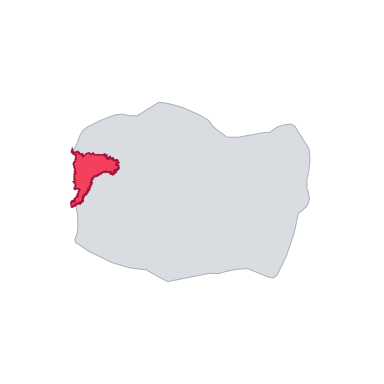 Mphokojoana, Mokhotlong, Lesotho (highlighted), rotated 228°
{"feature_id": "5366337B60583276922456", "entity_name": "Mphokojoana", "entity_type": "district", "adm_level": 2, "iso_a3": "LSO", "parent_name": "Lesotho", "parent_adm1": "Mokhotlong", "projection": "orthographic", "projection_center": [29.014, -29.041], "detail": "fine", "context": "in_parent", "style": "filled", "palette": "rose", "viewbox_px": 384, "rotation_deg": 228, "n_neighbors": 0, "source": "geoboundaries", "source_scale": "gbopen_adm2", "svg_char_len": 6958}
<svg xmlns="http://www.w3.org/2000/svg" viewBox="0 0 384 384"><g transform="rotate(228 192 192)"><path d="M244.4,249.0L235.3,251.9L234.0,252.2L228.2,251.5L220.4,252.2L214.3,253.8L209.5,254.5L201.9,262.8L188.0,285.2L184.3,289.9L183.3,298.7L180.1,305.7L176.2,311.1L172.3,312.5L160.6,310.4L145.6,307.8L136.9,301.1L129.0,292.4L124.8,286.0L120.5,282.5L119.0,280.5L112.9,277.7L110.6,276.1L108.5,275.1L106.0,270.8L104.5,267.1L104.9,256.8L100.5,250.6L93.0,240.2L88.2,231.6L81.6,219.9L77.5,209.9L73.3,199.5L73.7,195.0L77.6,191.9L88.9,186.4L97.7,182.2L103.9,174.6L110.6,163.4L113.9,156.7L117.2,153.6L120.9,148.8L127.2,138.3L134.2,126.6L141.7,114.0L151.4,110.3L164.6,106.0L177.2,95.0L192.3,85.7L216.8,75.6L228.2,73.0L232.5,71.5L235.3,73.4L238.2,79.1L242.4,83.9L252.1,92.2L256.2,94.2L266.2,106.5L276.8,114.9L289.1,124.6L297.4,129.5L301.7,130.8L305.2,139.5L308.7,145.9L310.7,151.9L310.3,157.7L306.4,172.0L300.7,186.5L296.2,192.6L290.7,196.4L285.3,202.2L283.3,213.9L280.8,227.6L273.9,233.3L268.4,237.0L260.9,241.6L244.4,249.0Z" fill="#d9dde1" stroke="#a8b0b8" stroke-width="1"/><path d="M270.8,155.5L270.4,154.9L269.8,154.6L269.5,154.2L270.3,154.3L270.7,154.6L271.7,154.1L273.0,155.0L273.4,154.9L273.3,153.7L273.4,153.0L273.1,152.8L272.1,152.7L271.9,152.5L273.0,152.1L272.9,151.4L273.2,150.8L273.5,151.0L273.6,151.9L274.3,152.5L274.5,152.4L274.1,151.9L274.7,151.5L274.9,151.7L274.8,151.9L274.6,151.8L274.5,152.0L275.2,152.3L275.5,151.8L276.1,151.5L275.9,151.9L275.8,152.5L276.0,152.8L276.2,152.3L276.6,152.2L276.6,153.3L277.4,152.7L277.4,151.8L278.4,152.2L278.6,152.6L279.0,152.0L278.8,151.1L279.1,150.8L279.0,150.5L279.9,149.9L280.8,148.8L281.5,148.4L283.5,146.1L284.1,145.1L284.9,144.7L285.9,144.8L286.2,144.5L287.1,144.5L287.5,144.2L287.1,142.6L287.6,141.8L288.6,141.7L288.9,141.9L290.1,141.7L290.3,140.9L291.2,139.4L290.9,137.8L291.1,136.5L291.1,135.3L291.4,135.0L291.2,134.6L291.4,134.5L291.6,134.9L291.7,135.4L291.8,135.1L292.2,135.2L292.2,134.9L292.6,134.7L292.8,135.8L293.3,135.8L293.8,136.2L293.9,135.9L293.6,135.9L293.6,135.5L293.2,135.3L293.1,135.1L293.5,135.1L293.8,134.7L295.1,134.6L295.1,134.2L295.5,134.1L296.0,134.4L296.3,134.3L296.5,133.8L296.9,134.4L297.4,133.8L298.2,134.4L298.6,134.4L298.8,134.2L298.7,133.6L299.0,133.2L299.1,132.8L299.4,132.4L299.4,132.2L299.7,131.9L299.8,131.5L300.1,131.4L300.6,130.3L301.2,130.3L302.2,130.7L302.5,131.1L303.6,131.7L304.2,131.9L303.0,130.1L302.9,129.6L302.4,129.2L299.5,129.1L299.0,129.5L298.4,129.7L297.5,130.7L297.0,130.7L296.6,129.8L295.6,129.1L294.1,127.7L294.5,127.3L294.4,126.9L293.8,126.3L293.5,125.8L292.9,125.4L292.5,124.7L293.2,124.1L293.0,123.4L292.3,122.9L292.0,122.3L291.3,121.9L290.2,122.2L289.6,121.5L289.7,121.4L289.2,120.6L287.3,120.7L286.7,120.0L286.5,119.1L286.1,119.1L286.4,118.9L285.6,118.5L285.2,118.2L285.0,118.4L284.6,118.6L283.6,118.0L283.5,116.9L283.8,116.6L284.2,116.6L283.9,116.2L282.1,114.7L282.1,114.4L281.2,114.2L281.1,113.6L280.5,113.2L280.4,112.9L279.7,112.8L279.0,113.3L278.5,113.0L278.8,111.9L278.3,111.3L278.8,110.8L278.3,110.8L277.4,110.5L277.1,110.5L276.9,110.8L275.9,110.3L275.2,110.3L274.8,109.9L274.9,109.5L274.8,109.2L273.9,108.3L273.9,107.2L272.8,106.5L272.1,106.8L272.1,107.0L272.0,107.5L272.3,107.9L272.2,108.3L271.6,108.4L271.4,108.9L270.3,109.2L270.1,110.0L269.7,110.3L269.1,110.4L268.8,110.2L268.3,109.4L268.4,107.7L267.2,107.1L267.1,106.9L267.3,106.6L266.7,105.9L266.7,105.7L267.1,105.4L267.0,105.0L265.6,104.9L264.8,104.1L265.2,103.3L266.1,103.3L266.2,103.1L265.4,102.1L265.6,101.6L265.4,100.9L265.7,100.2L265.4,100.1L265.5,99.8L264.6,99.6L264.7,99.1L263.9,99.2L263.2,98.9L263.0,98.4L263.9,97.9L264.4,97.5L264.9,97.6L265.7,97.4L265.7,96.8L264.5,96.1L264.7,95.4L265.4,95.4L265.2,95.0L264.1,94.0L262.3,93.4L262.2,92.8L261.8,92.3L261.6,92.3L261.3,92.5L261.2,92.9L260.6,93.2L260.6,93.8L260.8,94.1L260.6,94.2L260.7,94.6L260.4,95.0L260.6,95.4L260.5,95.8L260.8,96.3L260.4,96.4L260.1,96.1L260.1,95.6L259.8,95.6L259.8,96.8L260.1,97.1L260.0,97.6L260.2,97.9L260.4,97.6L260.6,97.8L260.0,98.6L260.0,99.3L259.6,99.1L259.4,99.3L259.5,99.7L259.9,99.7L259.9,99.9L259.6,100.2L258.6,100.2L258.4,100.8L259.0,100.8L259.1,101.1L258.1,101.2L258.3,101.5L259.2,101.8L259.0,102.0L258.4,101.7L258.0,102.2L258.8,102.5L258.3,103.0L258.5,103.5L259.0,102.9L259.1,103.3L258.9,103.7L258.0,104.0L257.9,104.3L258.1,104.4L258.6,104.3L259.1,104.5L258.5,105.0L259.1,105.1L258.7,105.6L259.5,106.1L259.6,105.8L259.8,105.8L260.2,106.3L259.9,106.6L259.9,106.8L260.6,106.9L260.3,107.3L260.4,107.5L261.4,107.2L261.8,107.5L261.7,108.0L260.7,108.5L261.1,108.9L261.7,108.5L261.9,108.6L262.1,108.9L261.4,109.6L261.6,110.0L262.0,110.1L261.2,110.6L261.2,111.0L260.8,111.2L260.8,112.0L261.3,112.1L261.3,112.7L261.5,112.4L261.7,111.9L262.1,111.8L262.0,112.5L261.5,112.7L261.5,113.1L261.7,113.4L263.0,114.0L262.9,114.2L262.2,114.4L261.8,114.8L261.9,115.1L262.5,115.4L262.3,115.8L262.6,115.9L263.1,116.3L263.8,116.5L262.9,117.0L262.1,116.6L262.0,117.0L263.2,117.6L263.4,118.0L262.9,118.2L263.0,118.5L263.7,118.7L264.2,118.7L263.7,119.9L263.8,120.0L264.4,120.0L264.3,120.8L264.6,120.8L264.9,120.4L265.1,120.4L265.4,121.7L265.0,122.0L264.7,122.0L264.7,122.4L265.0,122.5L265.6,122.2L266.3,123.1L266.6,123.0L266.6,122.5L266.9,122.6L266.9,122.9L266.1,123.6L265.6,123.7L266.0,124.4L266.4,124.5L267.0,124.1L267.8,124.9L268.4,125.0L268.3,125.7L268.1,126.0L268.5,126.1L268.6,126.3L268.4,126.7L268.0,127.0L268.8,127.2L269.0,127.6L269.3,127.5L269.2,128.1L268.5,128.8L268.7,129.5L269.4,130.0L268.6,130.3L268.3,130.9L267.9,130.8L267.7,130.9L267.8,131.2L268.1,131.7L267.5,132.4L268.1,132.4L268.1,132.7L267.3,132.7L267.4,133.3L267.0,133.7L267.5,134.1L267.1,134.2L267.3,134.7L266.7,135.4L267.1,136.2L266.7,136.2L266.8,136.7L266.3,137.0L267.0,137.7L266.2,138.4L266.2,138.7L266.5,139.2L266.2,139.7L265.6,139.8L265.8,140.5L265.2,141.0L264.8,141.0L265.2,141.6L265.2,142.0L264.6,142.2L264.1,141.9L264.0,142.4L263.4,142.6L262.9,143.0L262.6,143.0L262.5,144.0L262.3,144.2L262.1,143.7L262.2,143.2L261.6,143.4L261.6,144.1L260.6,144.3L261.2,144.8L261.1,145.3L259.8,144.2L259.6,143.6L259.3,143.9L259.7,144.6L259.5,145.2L258.6,144.7L258.6,144.4L257.8,144.5L258.2,145.8L257.7,146.0L258.3,146.3L259.3,147.4L259.5,147.9L259.3,148.0L260.0,148.3L259.8,148.5L259.1,148.1L258.6,148.2L258.5,147.3L258.1,147.2L257.5,148.0L257.4,148.8L257.8,148.8L258.1,148.3L258.4,148.5L258.8,149.3L259.1,149.3L259.6,148.7L259.9,148.8L260.3,149.3L258.6,150.0L258.0,150.7L258.3,151.5L258.5,151.4L258.7,150.6L259.2,150.6L259.6,152.1L259.2,152.6L258.6,152.8L259.0,153.1L258.3,153.0L258.6,154.1L259.1,153.9L259.6,154.0L260.8,155.4L261.1,155.2L261.6,154.0L262.8,153.5L263.6,153.8L263.6,154.0L263.4,154.2L262.4,154.2L262.2,154.5L262.5,155.1L263.2,155.4L263.6,155.9L263.1,156.8L262.5,157.1L262.6,157.3L264.2,157.4L264.9,158.0L265.5,157.5L265.9,157.9L266.4,157.7L266.7,156.9L265.7,156.3L265.6,155.9L267.0,156.6L267.3,156.1L267.3,155.5L267.5,155.1L268.0,155.3L268.3,155.8L269.1,155.5L269.7,156.1L270.6,155.9L270.8,155.5Z" fill="#f43f5e" stroke="#9f1239" stroke-width="1.5"/></g></svg>